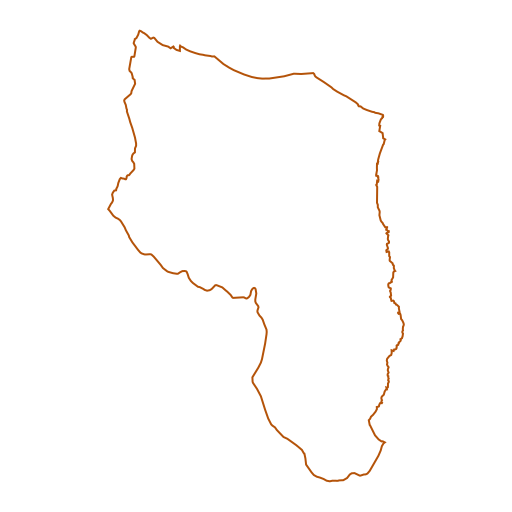 Pidie Jaya, Aceh, Indonesia
{"feature_id": "22746128B77747107542596", "entity_name": "Pidie Jaya", "entity_type": "district", "adm_level": 2, "iso_a3": "IDN", "parent_name": "Indonesia", "parent_adm1": "Aceh", "projection": "equal_earth", "projection_center": [96.234, 5.105], "detail": "fine", "context": "isolated", "style": "outline", "palette": "amber", "viewbox_px": 512, "rotation_deg": 0, "n_neighbors": 0, "source": "geoboundaries", "source_scale": "gbopen_adm2", "svg_char_len": 6024}
<svg xmlns="http://www.w3.org/2000/svg" viewBox="0 0 512 512"><path d="M377.8,204.8L377.0,202.8L377.2,186.9L376.3,185.2L376.7,185.1L377.1,181.3L377.6,181.8L377.8,181.5L378.2,181.6L378.5,179.9L378.3,179.8L378.3,177.4L378.0,177.4L377.8,176.9L377.9,176.1L376.3,175.8L376.4,174.5L376.2,174.5L377.0,170.3L376.9,167.9L377.0,163.7L377.7,163.8L378.1,162.0L377.9,162.0L377.9,161.4L378.2,159.4L379.9,153.3L383.1,144.7L383.7,144.1L384.7,140.0L385.2,139.4L383.2,138.3L382.6,133.1L379.3,131.1L380.2,125.8L379.2,125.5L379.4,123.3L380.8,119.6L381.5,118.6L382.1,118.3L382.5,116.7L382.8,116.3L383.1,116.5L383.2,116.0L382.9,114.9L378.4,113.3L375.2,112.8L374.3,112.2L372.1,111.8L366.8,110.0L363.2,108.5L360.6,106.4L358.9,106.3L358.2,105.5L358.2,104.8L357.9,104.3L355.8,102.4L346.3,96.3L343.9,95.3L337.1,91.6L333.1,89.0L331.5,87.4L323.9,82.1L316.5,77.4L315.3,76.4L314.7,75.4L314.2,74.0L313.2,73.1L301.2,74.0L293.9,73.7L284.1,76.3L269.5,78.5L262.1,78.6L257.3,78.1L251.8,77.0L244.1,74.5L233.7,70.1L229.1,67.6L223.5,64.1L214.4,56.4L212.0,56.5L210.4,56.0L205.0,55.3L203.1,54.8L199.6,54.3L195.4,53.1L190.1,51.3L186.1,49.5L183.1,47.4L180.9,46.5L180.1,45.7L179.9,46.2L179.9,50.9L176.5,49.9L173.8,48.0L173.8,47.0L173.4,46.5L170.6,48.3L168.2,46.6L162.7,45.1L157.5,41.8L154.3,37.9L153.3,37.6L150.9,38.8L149.4,37.8L146.8,35.1L144.1,33.1L143.1,32.7L141.0,31.2L139.7,30.7L139.2,31.2L138.2,34.7L136.4,38.1L134.8,39.1L134.8,39.6L133.8,42.6L133.7,43.4L135.7,46.7L135.8,47.5L134.4,56.2L134.0,56.8L131.8,56.8L131.3,57.2L129.2,69.1L129.6,70.9L131.4,72.7L131.8,73.6L132.8,77.3L132.6,77.9L133.2,78.7L134.6,79.9L135.1,83.8L131.6,91.0L131.2,93.4L130.5,94.3L124.7,99.3L124.2,100.4L124.4,101.7L125.8,105.0L126.4,108.3L127.0,109.9L126.9,111.5L129.3,118.7L130.2,122.1L132.3,128.1L135.0,137.6L136.1,143.5L136.1,145.8L135.0,148.4L134.9,152.4L133.5,153.4L132.6,154.6L132.1,155.9L131.6,158.8L131.7,159.6L132.3,161.1L133.3,162.2L134.2,163.8L134.4,168.7L133.6,170.0L130.3,173.5L129.4,174.8L128.9,175.2L127.6,175.3L127.1,175.8L126.6,176.8L126.6,177.8L126.0,179.2L125.3,179.3L124.2,178.7L122.1,178.4L120.9,177.9L119.8,179.1L118.3,183.0L117.7,185.9L117.0,187.6L116.4,188.5L116.1,190.3L114.3,190.6L112.8,192.7L112.1,194.6L112.8,197.8L113.0,199.7L112.9,200.7L112.0,202.6L111.0,203.8L108.2,209.1L109.7,210.8L113.3,215.7L115.6,217.6L118.0,218.7L119.8,220.0L121.0,221.4L124.7,227.4L125.8,230.1L128.8,235.5L129.2,237.1L132.4,242.4L137.9,249.7L140.3,252.5L141.6,253.4L144.4,254.4L145.7,254.5L150.1,254.2L151.4,254.5L153.7,256.6L156.0,259.3L160.7,264.9L162.9,268.0L167.0,271.2L168.1,271.8L173.0,273.2L177.0,273.8L178.0,273.7L180.2,272.2L182.4,271.1L184.7,271.0L186.1,271.3L186.7,271.9L187.7,274.3L188.8,277.8L190.9,281.0L192.9,283.0L198.0,286.8L199.7,287.1L203.8,289.2L204.4,289.8L207.1,290.7L209.7,290.2L210.8,289.6L211.9,288.8L215.2,285.3L216.2,285.1L217.2,285.4L222.3,287.4L225.8,290.5L227.2,291.6L230.7,295.0L232.3,297.4L233.1,297.9L242.9,297.3L243.8,297.3L245.7,298.3L246.6,298.5L247.4,298.2L249.1,296.8L250.4,294.8L251.1,291.1L252.1,289.3L253.4,288.1L254.1,287.9L255.1,288.3L255.6,289.2L256.3,293.5L255.3,299.4L255.3,301.4L255.8,302.9L258.2,306.1L258.5,307.3L257.5,310.4L257.4,311.4L257.6,312.4L259.5,315.6L261.4,317.6L262.7,319.7L264.3,324.3L266.5,329.6L266.7,332.0L266.5,334.4L265.1,343.7L262.0,359.1L260.9,362.6L258.3,367.7L252.4,377.3L252.6,381.8L253.0,382.9L257.0,388.9L260.9,396.3L265.1,409.7L268.2,418.5L271.2,424.4L272.4,425.6L275.0,427.4L276.9,430.1L283.5,437.0L287.4,438.8L296.3,445.2L301.9,449.9L303.9,453.4L304.4,453.6L305.4,458.4L306.1,464.6L311.5,472.3L313.8,475.0L316.8,476.7L320.0,477.6L323.6,479.0L326.6,480.7L329.8,481.3L332.5,480.7L337.9,480.8L339.1,480.4L343.3,480.2L347.1,478.0L349.8,474.5L351.7,473.3L354.5,473.1L359.7,475.6L360.5,475.6L363.8,474.5L365.7,474.4L367.4,473.6L369.7,470.9L378.4,455.8L380.7,450.5L381.9,446.1L383.5,443.4L384.8,442.4L382.7,441.3L381.5,441.4L378.6,439.4L375.0,435.3L370.1,425.4L369.7,425.0L368.8,420.2L370.1,418.8L371.0,416.7L373.0,414.9L375.6,411.6L376.9,409.1L376.8,407.0L378.3,406.7L378.9,406.4L379.2,405.0L379.9,403.4L380.2,403.1L381.8,403.2L382.1,402.7L381.4,401.9L381.4,401.2L382.0,400.2L381.4,398.8L381.4,397.8L381.8,396.6L383.8,394.7L384.7,391.4L386.0,389.5L386.9,389.4L386.4,387.5L387.3,387.8L387.9,387.2L388.0,383.3L388.6,382.5L388.8,381.6L388.7,381.0L388.2,380.5L388.3,379.3L388.7,378.6L388.3,377.8L388.3,376.1L387.8,375.9L387.6,375.1L387.7,374.1L388.6,372.6L387.8,370.4L387.9,369.2L388.6,367.2L387.5,365.7L387.0,364.5L387.4,362.7L386.8,360.7L387.0,359.3L387.2,358.7L389.5,355.9L391.2,355.0L391.7,353.0L391.6,350.3L393.6,351.0L394.1,349.5L395.3,349.4L396.1,349.0L396.5,348.4L396.5,347.3L396.8,346.9L396.6,345.6L397.1,345.1L398.0,345.0L398.3,344.7L398.5,343.1L399.0,342.9L399.0,342.3L400.4,341.1L400.7,340.5L400.8,339.6L400.5,339.2L402.0,338.2L402.2,337.2L402.5,336.8L403.0,333.6L402.4,332.6L402.3,331.8L402.5,331.1L403.0,330.5L402.8,329.1L403.0,326.8L403.6,325.5L403.8,324.2L403.3,322.6L402.2,320.3L401.1,319.0L400.6,315.0L400.2,313.8L398.7,313.9L398.0,312.9L398.1,312.6L399.4,312.4L399.6,312.1L398.9,308.6L398.9,306.7L396.7,304.7L395.9,304.5L395.5,303.4L394.3,303.0L394.0,301.3L393.2,300.6L391.5,300.9L391.0,299.3L390.9,298.1L389.9,297.1L389.9,296.6L390.9,296.0L391.1,295.6L390.7,292.5L390.1,291.2L390.1,290.7L390.7,289.9L390.8,288.4L388.9,287.5L388.5,286.9L388.2,284.8L388.5,283.7L388.8,283.3L389.9,283.1L390.8,282.2L391.5,282.2L391.9,281.8L391.5,280.1L393.1,277.4L393.3,272.5L393.8,271.6L395.1,271.0L394.8,270.7L393.8,268.0L393.9,265.8L393.7,265.4L392.9,264.8L392.6,263.3L389.8,260.9L389.6,260.1L390.0,257.1L389.2,256.1L389.2,252.3L388.7,251.4L386.6,252.0L386.4,251.1L386.3,250.3L386.5,250.0L387.7,249.1L388.0,248.2L386.8,244.8L387.0,243.8L388.7,243.1L389.0,242.6L389.0,241.5L388.1,240.1L387.8,239.0L388.1,236.3L388.4,235.3L386.4,233.4L386.6,233.0L388.7,232.1L388.8,231.2L387.7,230.9L386.9,229.9L386.2,229.7L386.5,228.4L387.1,227.8L387.1,227.2L385.2,227.2L383.0,223.9L382.8,223.2L381.3,221.5L380.7,220.4L379.4,215.2L379.7,212.0L379.5,210.8L377.8,207.3L377.8,204.8Z" fill="none" stroke="#b45309" stroke-width="2"/></svg>